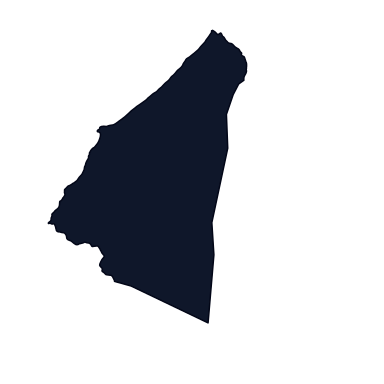 outline of Santa Fe, Colón, Honduras, rotated 319°
{"feature_id": "27666195B82036397342560", "entity_name": "Santa Fe", "entity_type": "district", "adm_level": 2, "iso_a3": "HND", "parent_name": "Honduras", "parent_adm1": "Colón", "projection": "natural_earth1", "projection_center": [-86.12, 15.827], "detail": "fine", "context": "isolated", "style": "filled", "palette": "ink", "viewbox_px": 384, "rotation_deg": 319, "n_neighbors": 0, "source": "geoboundaries", "source_scale": "gbopen_adm2", "svg_char_len": 5650}
<svg xmlns="http://www.w3.org/2000/svg" viewBox="0 0 384 384"><g transform="rotate(319 192 192)"><path d="M313.5,83.5L313.2,83.5L312.6,83.2L312.1,83.7L311.7,84.0L311.1,84.5L310.7,84.6L309.0,85.0L306.9,85.6L305.1,86.0L302.6,86.5L301.4,86.9L300.5,87.2L300.2,87.3L298.6,87.5L294.7,87.9L293.3,88.1L291.9,88.4L290.8,88.6L289.7,88.7L286.4,88.7L284.9,88.7L284.3,88.7L283.2,88.6L280.6,88.5L278.8,88.5L276.7,88.1L275.2,87.9L275.0,88.0L274.2,88.1L272.6,88.7L270.8,89.1L269.5,89.5L269.0,89.7L268.4,90.1L267.9,90.3L267.0,90.5L265.4,90.8L264.6,90.8L263.3,90.8L261.6,90.7L260.9,90.7L259.5,90.9L257.5,91.3L255.8,91.5L254.3,91.6L253.3,91.5L252.9,91.5L252.4,91.5L251.5,91.6L250.6,91.8L249.1,92.2L248.3,92.3L247.4,92.4L246.0,92.4L244.4,92.3L243.0,92.3L241.8,92.4L239.7,92.6L238.1,92.8L237.4,92.8L235.6,92.7L233.9,92.7L233.6,92.8L232.8,92.9L231.8,93.0L231.3,93.0L230.2,92.9L228.3,92.5L226.7,92.3L223.1,92.3L220.5,92.2L219.9,92.2L219.0,92.4L218.6,92.4L217.3,92.4L215.2,92.2L210.1,91.7L206.3,91.2L204.5,91.2L199.5,90.9L195.9,91.1L190.5,91.2L183.9,90.7L183.1,90.6L182.2,90.6L181.3,90.5L180.1,90.4L179.1,90.3L178.3,90.1L177.7,90.0L177.0,89.8L176.5,89.6L176.0,89.3L175.4,88.9L174.8,88.6L174.2,88.1L173.8,87.9L172.6,87.3L171.3,86.8L170.8,86.6L170.4,86.4L170.2,86.2L168.6,84.5L167.3,83.6L166.7,83.2L165.4,82.8L165.1,82.8L164.6,82.9L164.0,83.5L163.7,83.7L163.5,83.8L163.2,83.8L161.9,83.5L161.6,83.5L161.0,83.6L160.7,83.7L160.6,83.8L160.4,84.0L160.3,84.4L160.4,84.6L160.4,84.8L160.7,85.1L161.2,85.8L161.3,86.1L161.4,86.8L161.3,87.3L161.2,87.7L161.0,88.1L160.7,88.5L160.5,88.8L158.7,90.4L158.5,90.5L157.9,90.8L157.5,91.1L156.4,91.7L155.8,92.1L154.9,92.5L153.7,93.0L152.4,93.4L151.4,93.6L148.6,94.1L147.9,94.2L147.3,94.2L146.1,93.9L145.1,93.9L143.1,94.2L142.2,94.5L141.2,94.9L140.5,95.1L140.3,95.2L140.0,95.5L139.7,95.8L139.4,96.3L137.8,96.9L137.5,97.0L137.0,97.5L136.6,98.1L136.3,98.3L136.0,98.5L135.6,98.7L132.9,99.6L131.4,100.3L130.6,100.7L130.1,101.1L129.7,101.4L129.3,101.7L129.0,101.9L128.7,102.1L128.1,102.2L127.5,102.5L126.5,103.3L125.5,104.2L125.0,104.5L123.0,105.4L120.6,106.4L120.1,106.5L116.5,106.9L113.2,107.8L112.7,107.9L112.3,107.9L111.0,107.8L108.9,107.7L108.7,107.7L108.3,107.5L108.0,107.4L107.2,107.3L106.4,107.3L104.2,106.9L102.9,106.4L102.4,106.3L102.1,106.2L101.2,106.3L99.8,106.5L98.7,106.5L97.9,106.6L97.6,106.6L97.3,106.7L97.0,107.0L96.8,107.2L96.4,107.7L95.9,108.2L95.6,108.5L95.2,109.0L95.0,109.6L94.9,109.9L94.7,110.3L94.5,110.5L94.1,110.8L93.6,111.1L92.6,111.4L91.6,111.7L90.5,111.8L89.9,112.1L89.1,112.4L88.7,112.5L88.1,112.6L87.4,112.6L87.0,112.6L86.5,112.4L86.3,112.4L86.1,112.4L85.9,112.5L85.7,112.6L84.2,114.1L83.5,114.8L82.9,115.3L82.6,115.5L82.0,115.9L81.3,116.1L80.8,116.3L80.3,116.4L78.3,116.4L78.0,116.4L77.7,116.3L77.4,116.3L76.2,116.3L75.8,116.4L75.5,116.6L75.3,116.6L74.2,116.6L71.9,116.8L71.6,117.0L71.4,117.2L71.2,117.6L70.7,118.1L70.2,118.4L69.8,118.7L69.5,118.8L69.1,119.0L68.7,119.2L67.9,120.0L67.5,120.4L67.3,120.6L66.8,120.9L66.5,121.0L66.0,121.1L65.8,121.1L63.7,121.0L63.2,121.2L63.1,121.3L63.2,121.7L63.2,121.8L63.5,121.9L63.8,122.1L64.0,122.2L64.2,122.3L64.7,123.0L65.0,123.7L65.3,124.3L65.5,124.5L65.9,124.7L66.4,125.0L66.6,125.1L66.8,125.4L67.0,125.8L67.0,126.1L67.0,126.3L66.5,128.0L66.1,128.9L65.2,130.5L64.7,131.6L64.5,131.9L64.4,132.3L64.4,132.5L64.4,132.8L64.4,133.1L64.5,133.4L64.8,134.1L65.0,134.4L65.5,134.8L66.1,135.5L67.1,137.1L67.8,137.9L68.6,138.8L68.7,139.1L68.8,139.4L68.9,139.7L68.9,140.4L68.7,142.0L68.1,143.3L67.6,144.0L67.2,144.7L67.1,144.9L67.0,145.2L67.0,145.5L67.0,145.9L67.0,146.3L67.2,146.9L68.1,148.7L68.4,149.2L68.6,149.7L68.8,150.5L69.2,153.1L69.6,154.6L69.9,155.5L70.1,155.8L70.4,156.1L70.9,156.5L71.4,156.8L71.9,157.0L72.5,157.1L73.0,157.1L73.4,157.3L73.7,157.6L73.9,157.7L76.3,158.9L77.2,159.2L77.9,159.3L78.1,159.4L78.2,159.5L78.5,159.9L79.3,161.3L80.7,162.9L80.8,163.2L81.0,163.6L81.1,164.0L81.2,164.3L81.2,164.7L81.2,165.1L81.1,165.7L80.9,166.5L80.8,167.0L80.9,167.4L81.0,167.7L81.2,167.9L81.3,168.0L82.9,169.0L83.9,169.7L85.0,170.4L85.1,170.6L85.3,170.9L85.4,171.2L85.5,171.5L85.5,172.1L85.4,172.8L85.1,174.7L84.8,175.7L84.5,177.3L84.1,178.6L84.0,179.2L84.0,180.3L83.9,181.4L84.0,181.8L84.1,182.3L83.4,183.1L82.1,183.5L80.8,183.7L79.8,183.9L78.8,184.3L77.2,184.9L75.2,185.9L74.3,186.7L74.0,187.5L74.1,188.2L74.0,189.1L74.1,190.2L74.0,191.0L73.7,191.5L73.1,191.8L72.6,192.2L72.2,192.8L72.2,193.3L72.7,195.2L72.8,197.3L72.9,197.9L73.5,198.7L74.9,200.3L76.3,201.8L76.5,202.8L76.5,203.8L75.9,206.1L75.5,207.7L74.9,208.7L84.3,222.9L118.2,301.2L118.5,301.1L167.3,253.8L186.9,228.1L247.7,182.4L268.9,156.0L287.0,145.5L298.1,141.1L304.4,141.7L305.8,140.1L306.9,139.2L308.8,138.4L310.3,137.9L312.0,136.9L312.6,136.3L312.9,135.7L313.2,135.2L314.2,134.4L315.0,133.5L315.7,132.9L316.9,131.5L317.4,130.8L317.7,130.3L317.9,129.8L318.1,129.0L318.4,128.4L319.8,125.1L319.9,124.8L320.0,124.4L320.0,124.0L319.9,123.6L319.7,123.2L319.2,122.0L319.2,121.5L319.2,121.2L319.4,120.7L319.6,120.5L320.0,120.3L320.2,120.1L320.5,119.8L320.6,119.6L320.6,119.1L320.5,118.3L320.5,117.7L320.6,117.0L320.9,116.0L320.9,115.6L320.9,115.1L320.9,114.7L320.8,114.2L320.4,113.2L320.0,111.9L319.7,110.8L319.6,109.6L319.6,108.4L319.5,107.4L319.4,106.8L319.3,106.3L319.1,105.9L318.9,105.5L318.6,105.2L318.1,104.6L317.6,103.9L317.4,103.7L317.3,103.3L317.2,102.7L317.2,102.3L317.2,101.5L317.1,100.5L317.0,99.7L317.4,97.6L317.6,96.3L317.6,96.0L317.4,95.1L317.3,94.7L317.3,94.4L317.4,93.9L318.0,92.0L318.0,91.6L318.0,91.3L318.0,91.0L317.8,90.9L317.7,90.7L315.4,90.4L315.0,90.3L314.8,90.2L314.7,90.0L314.6,89.8L314.6,89.6L314.4,86.5L314.3,85.9L314.1,85.3L313.9,84.4L313.5,83.5Z" fill="#0f172a" stroke="#020617" stroke-width="1.5"/></g></svg>